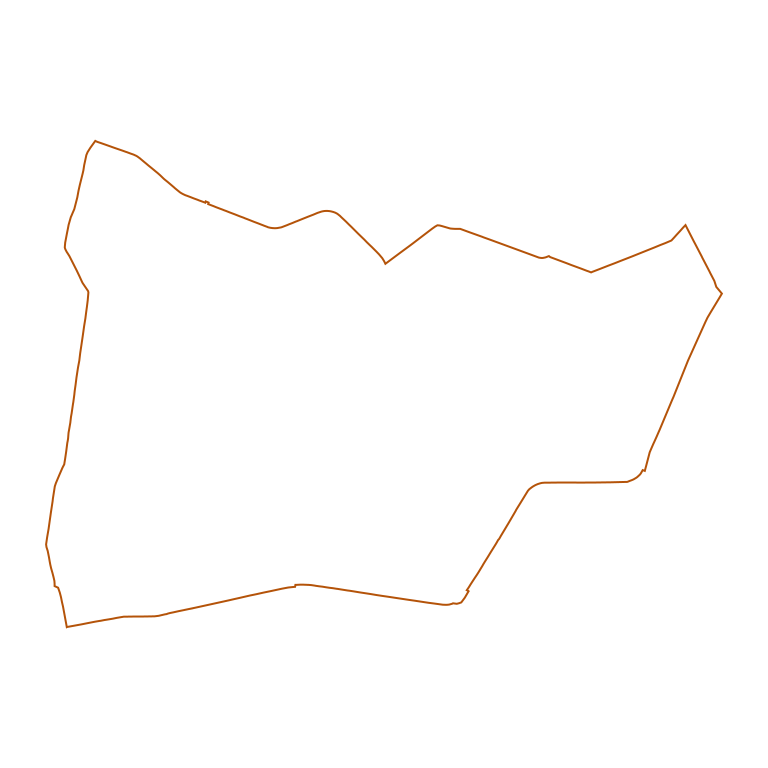 the district of Venustiano Carranza, Distrito Federal, Mexico
{"feature_id": "50627088B79024573117957", "entity_name": "Venustiano Carranza", "entity_type": "district", "adm_level": 2, "iso_a3": "MEX", "parent_name": "Mexico", "parent_adm1": "Distrito Federal", "projection": "mercator", "projection_center": [-99.095, 19.432], "detail": "fine", "context": "isolated", "style": "outline", "palette": "amber", "viewbox_px": 768, "rotation_deg": 0, "n_neighbors": 0, "source": "geoboundaries", "source_scale": "gbopen_adm2", "svg_char_len": 5521}
<svg xmlns="http://www.w3.org/2000/svg" viewBox="0 0 768 768"><path d="M95.3,140.9L90.4,147.7L87.6,152.1L86.3,155.2L86.1,156.3L84.2,165.1L83.4,170.3L82.6,173.8L79.9,184.6L79.4,186.8L78.5,190.8L77.3,197.4L74.3,209.1L72.4,213.5L72.0,214.5L70.8,217.2L68.6,224.9L68.0,228.1L66.9,233.6L65.2,242.6L64.9,246.0L64.8,247.6L65.4,249.4L66.7,251.9L67.7,253.4L69.4,256.1L76.8,270.7L79.2,275.7L82.0,281.8L82.6,283.0L88.1,291.1L88.4,292.5L87.7,300.5L86.9,306.9L86.1,312.7L85.4,318.3L84.1,326.3L82.7,336.3L81.3,345.8L80.2,353.1L79.3,360.7L78.0,367.6L76.5,377.4L75.6,384.6L74.7,391.0L74.3,394.8L73.3,402.2L73.0,403.9L72.2,409.4L71.6,413.5L71.0,416.8L70.3,422.8L69.0,430.3L68.6,432.4L68.5,433.3L68.1,438.4L67.7,441.0L67.4,442.4L67.3,442.9L66.2,451.5L65.1,459.0L64.2,464.5L63.6,465.5L62.4,467.9L59.4,474.8L55.9,483.1L54.8,486.4L52.9,498.6L52.6,501.3L50.9,512.5L49.1,525.2L48.6,528.8L47.1,537.5L46.1,544.4L46.5,547.2L47.7,550.9L49.0,557.4L49.7,561.5L50.3,564.7L51.1,568.2L52.5,573.1L53.5,577.0L54.4,580.9L54.6,583.8L54.6,586.1L58.1,587.7L59.8,592.6L61.0,597.2L62.0,602.2L62.7,605.2L63.0,606.5L65.4,619.5L66.8,627.1L67.0,627.0L81.3,624.4L86.8,623.3L95.0,621.7L99.7,620.9L100.6,620.8L104.6,620.0L105.4,619.9L110.3,619.1L112.7,618.7L116.6,617.9L123.7,616.7L136.9,616.5L143.8,616.5L150.7,616.4L154.7,616.3L158.8,615.8L160.0,615.5L164.7,614.4L166.5,614.1L167.1,613.9L167.8,613.6L170.1,613.0L173.1,612.4L178.5,611.2L195.3,607.7L218.1,602.7L229.0,600.3L232.9,599.4L239.6,597.9L250.0,595.5L255.9,594.3L263.5,592.6L270.3,591.2L281.9,588.7L288.3,587.5L295.1,586.8L295.4,584.9L296.0,584.9L299.6,584.7L302.2,584.7L303.8,584.7L308.8,584.9L311.3,585.1L314.7,585.6L315.7,585.8L319.2,586.3L322.6,586.7L326.2,587.3L329.6,587.8L333.0,588.2L336.7,588.8L337.0,588.8L342.6,589.7L348.3,590.6L348.7,590.6L353.2,591.3L359.8,592.4L365.8,593.3L371.0,594.1L376.3,595.0L382.9,596.0L387.8,596.7L391.8,597.3L396.4,598.0L401.1,598.7L405.7,599.4L410.5,600.1L414.7,600.7L419.3,601.4L423.9,602.1L428.6,602.8L434.0,603.5L437.7,604.0L442.7,604.7L445.4,604.8L446.3,604.8L446.9,604.8L449.1,604.6L452.3,603.7L453.0,603.3L456.8,603.8L459.1,603.2L461.3,602.4L464.8,597.7L468.6,591.2L468.4,591.0L466.8,590.2L468.4,587.9L469.3,586.5L470.2,585.0L472.0,582.2L474.8,577.9L476.7,575.1L478.5,572.3L480.6,568.8L482.2,566.2L483.5,563.9L485.1,561.3L488.0,556.7L490.6,552.4L494.1,546.8L496.1,543.6L498.2,539.9L499.1,539.0L499.8,537.8L500.2,537.1L500.3,536.9L500.8,536.0L508.6,523.0L515.5,511.2L516.2,509.8L522.2,500.1L524.7,496.0L527.9,490.8L529.3,489.2L531.5,487.5L533.1,486.4L535.4,485.1L537.7,484.1L540.2,483.3L541.9,482.9L544.2,482.7L544.8,482.7L562.6,482.5L570.4,482.5L579.6,482.6L596.2,482.5L611.1,482.3L627.1,481.9L627.6,481.8L628.5,481.4L630.0,480.8L631.4,480.3L632.6,479.8L633.7,479.3L634.5,478.8L635.4,478.3L636.2,477.8L637.2,477.1L638.4,476.0L639.8,474.7L640.7,473.6L641.3,472.6L641.9,471.5L642.7,470.1L644.8,470.9L646.2,465.7L648.9,455.4L649.7,452.3L651.8,447.4L653.5,443.5L653.9,442.7L656.3,437.4L659.1,431.0L659.6,429.9L671.1,402.4L672.5,399.1L673.4,397.1L688.0,360.6L705.4,322.0L707.5,317.6L711.0,311.7L718.5,299.3L720.3,296.3L721.9,293.6L716.3,286.9L714.3,280.8L713.4,279.1L710.0,272.6L709.8,272.1L703.2,259.4L702.4,257.9L701.8,256.6L694.7,243.0L694.2,242.1L685.8,225.7L685.5,225.1L683.2,227.5L680.1,231.0L676.5,234.9L675.7,235.8L674.0,237.7L671.4,240.5L665.3,243.1L660.4,245.0L654.1,247.6L647.1,250.4L642.6,252.2L631.9,256.5L626.5,258.6L620.6,260.9L614.8,263.2L608.2,265.7L599.5,269.1L592.2,271.9L591.1,272.4L588.3,271.3L586.8,270.8L581.6,268.8L576.7,267.0L571.5,265.1L566.6,263.2L550.2,257.1L548.9,256.1L545.5,257.4L543.1,257.9L542.0,258.0L540.7,257.9L539.6,257.7L538.9,257.6L528.6,253.8L490.1,239.7L483.4,237.3L482.2,236.8L469.6,232.3L460.3,228.9L455.4,228.9L452.3,228.7L450.2,228.5L442.0,226.1L439.7,225.5L437.4,225.3L435.1,226.6L432.0,228.8L421.9,236.5L412.6,243.6L409.8,245.7L400.7,252.4L387.8,262.0L385.4,263.8L384.2,261.3L382.3,258.2L379.0,254.3L376.6,251.8L373.1,248.3L371.4,246.6L370.2,245.5L366.8,242.2L364.5,239.8L364.0,239.3L361.4,236.8L358.4,233.9L356.7,232.2L355.3,230.8L352.4,227.9L351.3,226.8L349.1,224.7L347.3,222.9L346.0,221.6L344.3,220.0L341.3,217.2L340.0,215.9L338.0,214.3L337.2,213.7L335.3,212.7L333.4,212.0L331.1,211.4L329.4,211.1L327.0,210.9L324.5,211.0L322.7,211.3L321.4,211.6L318.4,212.6L317.5,212.9L313.0,214.8L312.7,214.9L307.8,216.8L304.3,218.2L300.3,219.8L296.9,221.2L296.0,221.5L292.2,223.1L288.8,224.4L287.7,224.9L281.7,227.2L281.0,227.4L277.1,228.1L275.4,228.2L274.6,228.2L272.7,228.1L270.4,227.8L268.2,227.3L267.9,227.2L267.7,227.1L267.3,226.9L263.8,225.6L263.1,225.3L261.0,224.5L258.2,223.4L254.2,221.9L250.4,220.4L247.1,219.1L245.2,218.4L243.6,217.7L240.0,216.4L234.7,214.3L233.1,213.7L229.4,212.3L225.9,210.9L224.2,210.3L222.5,209.6L219.0,208.3L215.6,207.0L213.7,206.2L212.1,205.6L208.2,204.1L208.6,202.6L207.2,202.0L205.7,201.4L205.3,202.7L201.0,201.1L199.3,200.5L197.6,199.8L195.4,199.0L194.3,198.6L193.0,198.1L190.5,197.1L186.5,195.6L185.3,195.2L184.7,194.9L183.2,194.2L181.9,193.5L181.2,193.1L179.8,192.2L178.6,191.2L177.6,190.4L174.8,188.1L174.3,187.6L171.5,185.2L168.2,182.4L167.6,181.9L164.5,179.4L163.6,178.6L160.3,175.4L157.6,173.0L155.5,171.3L151.4,167.9L148.3,165.4L145.6,163.1L144.6,162.3L140.9,159.2L139.5,158.0L139.0,157.7L138.2,157.1L137.4,156.5L136.5,156.0L135.8,155.6L134.8,155.2L134.5,155.0L133.0,154.4L130.4,153.5L126.7,152.1L126.3,152.0L122.4,150.6L118.9,149.4L115.4,148.2L111.7,146.9L111.2,146.7L104.7,144.4L100.7,143.0L97.4,141.9L96.5,141.5L95.9,141.2L95.3,140.9Z" fill="none" stroke="#b45309" stroke-width="2"/></svg>